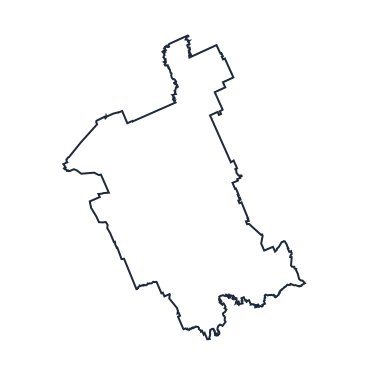 Forbes, New South Wales, Australia, rotated 58°
{"feature_id": "25037944B5205782179519", "entity_name": "Forbes", "entity_type": "district", "adm_level": 2, "iso_a3": "AUS", "parent_name": "Australia", "parent_adm1": "New South Wales", "projection": "orthographic", "projection_center": [148.127, -33.379], "detail": "fine", "context": "isolated", "style": "outline", "palette": "slate", "viewbox_px": 384, "rotation_deg": 58, "n_neighbors": 0, "source": "geoboundaries", "source_scale": "gbopen_adm2", "svg_char_len": 6004}
<svg xmlns="http://www.w3.org/2000/svg" viewBox="0 0 384 384"><g transform="rotate(58 192 192)"><path d="M106.7,286.6L107.9,286.8L108.2,285.6L108.8,285.7L109.4,284.6L110.1,280.1L112.5,278.3L117.8,276.2L123.8,264.7L128.3,262.0L129.0,260.0L148.5,262.9L145.9,267.8L145.8,269.1L144.1,272.4L147.4,272.9L145.8,283.7L152.0,286.0L162.2,286.1L168.3,286.9L170.8,283.3L171.7,281.1L175.1,280.9L177.6,283.0L183.6,283.2L193.2,284.8L193.4,283.8L196.0,284.9L199.6,285.4L199.7,284.8L211.6,287.3L212.6,285.0L245.0,290.6L245.2,289.9L244.6,289.4L244.9,288.7L244.1,287.6L244.2,286.3L243.7,285.9L244.5,285.4L244.6,284.2L245.3,283.2L245.0,282.7L245.7,282.4L245.5,281.7L246.7,280.5L246.8,278.9L246.1,278.1L246.7,277.6L247.0,276.4L247.8,275.3L248.0,274.3L247.6,272.4L248.5,271.6L249.4,269.7L261.7,271.6L261.9,270.1L265.9,270.7L266.7,265.1L267.1,265.1L270.2,267.7L282.4,266.2L285.3,266.9L287.3,268.6L287.5,267.3L290.6,267.8L290.3,269.9L303.3,271.9L304.0,271.7L304.3,269.7L305.7,269.1L305.6,268.5L306.3,268.6L306.9,267.3L307.4,267.4L307.3,266.3L306.9,265.9L307.6,265.0L307.2,264.1L307.8,263.5L307.5,262.9L308.0,262.7L307.8,262.4L308.3,260.8L308.0,260.4L309.6,258.3L311.1,258.2L311.9,258.8L314.1,258.0L315.2,258.4L315.3,257.9L314.6,257.9L314.9,257.0L319.1,257.6L318.4,256.0L325.0,257.1L326.0,254.9L325.0,254.7L322.2,251.8L320.7,251.4L320.1,250.5L318.8,249.9L318.7,247.8L319.3,246.4L320.0,246.3L321.2,247.0L322.0,246.4L323.9,247.2L325.1,246.2L325.7,247.5L324.8,247.9L325.7,248.3L327.0,246.9L327.3,245.7L326.7,245.0L326.8,244.1L326.0,243.4L325.0,243.1L324.4,243.8L323.4,242.9L322.3,243.4L320.8,242.4L319.5,240.4L319.3,238.4L321.7,237.0L319.9,232.3L318.0,232.3L315.8,230.5L314.3,230.3L313.7,230.8L311.8,230.4L311.3,229.9L311.2,227.5L309.9,225.1L307.9,226.0L307.1,224.4L303.2,224.2L302.9,224.6L303.6,226.0L301.2,226.8L300.6,225.6L299.9,226.8L299.5,226.5L299.5,225.1L298.6,225.0L298.3,226.0L297.8,226.2L297.1,225.8L297.0,225.1L295.3,224.4L295.2,222.8L296.1,220.2L297.6,219.2L297.7,218.3L297.1,217.5L297.6,217.2L298.6,217.9L299.2,217.3L298.8,215.9L299.4,215.8L300.6,217.1L301.4,217.0L301.5,215.4L299.5,214.6L300.4,214.2L300.8,213.2L302.3,213.0L302.0,212.0L303.2,211.9L303.4,213.5L304.6,214.0L305.1,213.5L304.9,213.2L304.4,213.6L304.6,212.8L305.7,211.8L305.2,211.1L305.6,210.6L309.0,212.3L308.6,212.8L309.0,213.2L309.2,212.8L309.6,213.4L309.6,210.5L310.3,210.6L311.2,212.0L311.4,211.5L311.9,212.2L312.5,212.1L312.1,211.4L313.3,208.1L310.8,207.7L311.0,206.8L308.3,206.4L308.7,203.9L312.3,204.3L312.4,203.6L314.0,203.9L313.7,202.5L314.0,201.0L317.9,201.6L318.2,201.3L318.7,201.8L319.5,199.6L320.7,199.2L320.8,198.5L321.3,198.2L323.3,199.5L323.8,198.3L323.2,197.3L322.1,197.0L322.5,195.6L323.5,195.8L323.7,196.6L324.4,196.7L324.9,196.2L324.4,195.0L326.2,193.5L326.0,192.2L324.9,192.0L325.4,189.3L322.6,188.9L322.3,187.7L321.1,187.3L320.7,186.4L320.2,186.3L320.3,185.8L318.5,185.3L318.0,184.3L318.5,183.4L319.9,182.6L320.3,180.9L321.1,180.1L321.2,179.3L322.7,177.9L322.6,177.3L323.2,177.3L323.3,176.9L324.2,176.6L324.8,177.3L325.6,176.8L325.0,172.9L324.5,172.7L324.3,171.5L323.7,171.4L323.6,170.6L323.0,170.5L322.3,168.8L322.7,168.1L322.1,167.2L322.1,165.2L321.5,163.8L321.9,163.1L321.2,160.2L322.3,159.3L322.3,157.2L322.9,157.3L323.0,156.5L325.5,154.6L325.9,153.5L328.7,151.3L328.5,150.9L329.2,150.3L329.6,149.2L329.5,148.7L329.0,148.5L329.2,144.6L325.8,145.2L324.8,146.4L322.7,147.3L317.3,145.6L313.7,145.2L312.6,144.4L311.3,145.6L309.6,144.9L308.4,146.8L306.7,146.9L300.1,142.0L299.2,143.2L298.9,143.0L297.6,141.4L297.6,140.5L296.4,139.7L295.8,139.9L294.7,139.3L294.4,141.2L290.6,140.7L290.7,140.1L287.8,139.9L286.9,139.5L282.9,139.5L282.3,140.4L282.5,141.0L282.0,142.4L284.6,147.4L285.1,150.1L286.0,150.8L286.5,153.1L281.4,152.4L279.9,161.8L272.3,160.6L266.6,155.3L265.1,155.1L264.9,156.2L249.4,160.5L248.5,162.3L245.5,161.8L246.6,159.3L244.1,158.9L244.3,158.5L227.0,155.5L226.6,157.7L223.8,157.2L224.2,154.9L222.3,154.5L222.2,155.3L218.8,154.7L219.2,154.0L212.3,152.9L212.1,153.8L205.7,152.8L206.7,147.1L205.1,146.8L205.6,143.5L204.4,143.3L204.7,141.4L204.1,141.4L203.8,142.0L204.0,142.7L203.3,142.8L202.7,143.8L199.2,144.1L196.7,142.8L195.6,143.3L195.4,144.0L195.7,141.2L187.4,140.0L187.4,143.3L136.6,136.1L137.7,127.8L140.9,128.3L141.2,126.0L138.3,125.6L138.4,122.4L119.4,119.8L120.9,108.4L115.3,107.6L116.8,96.2L96.2,93.4L96.0,95.4L93.0,95.0L93.1,93.9L89.8,93.5L89.7,94.5L80.4,93.4L76.6,122.9L74.7,122.1L75.1,120.9L76.2,121.0L75.8,120.2L73.8,120.0L73.8,120.8L72.5,120.1L72.4,120.8L71.9,120.7L70.6,119.5L70.2,118.3L69.8,118.1L69.7,118.7L69.0,117.7L68.2,117.5L67.5,118.8L65.0,118.3L64.8,117.7L65.5,116.8L65.3,115.7L62.6,115.3L62.4,114.5L62.1,115.4L61.6,114.9L61.0,115.0L61.2,115.4L60.2,115.5L59.3,116.6L57.9,114.3L58.0,112.5L57.5,112.4L57.0,112.9L54.4,132.4L54.6,133.7L55.2,134.5L56.5,134.4L56.7,134.9L56.1,135.8L55.7,135.7L55.1,137.0L54.6,136.7L54.7,138.1L55.1,138.9L55.4,138.4L55.9,138.8L55.8,139.3L57.9,139.1L58.1,140.1L58.7,140.3L57.8,141.2L57.2,141.1L57.4,142.7L58.9,142.4L58.9,141.9L59.9,142.0L60.0,142.6L61.6,142.9L61.7,143.8L62.6,144.8L63.6,144.5L65.3,144.9L65.4,144.1L67.8,145.3L67.0,146.0L66.9,146.8L68.3,145.9L69.2,147.6L70.6,147.6L71.1,146.3L71.8,146.1L71.8,145.5L73.8,146.1L74.4,145.0L74.4,145.5L75.1,146.3L76.3,145.9L79.5,147.0L80.6,146.5L82.0,147.8L84.6,148.6L86.3,148.3L86.5,147.7L87.5,147.1L90.1,147.0L90.5,147.5L89.9,148.6L89.9,149.3L90.2,149.5L91.6,149.2L92.1,148.1L93.5,147.9L93.8,148.5L95.3,148.3L95.5,148.9L94.8,150.2L96.8,152.1L97.0,153.2L98.3,153.1L98.7,153.7L100.3,153.8L99.7,155.1L99.9,156.5L99.5,157.2L100.8,157.0L101.3,157.5L102.3,156.8L103.1,156.9L102.9,158.3L103.3,159.1L105.0,158.8L104.7,158.2L105.2,157.7L105.8,158.9L107.4,158.6L100.7,205.0L100.2,204.9L99.4,210.4L86.3,208.3L85.6,212.4L85.3,212.4L83.8,217.3L82.8,224.7L82.3,224.6L83.3,225.5L83.5,226.4L81.9,226.2L81.0,235.3L81.9,236.2L84.3,236.6L91.0,259.9L97.2,277.8L97.0,279.1L97.7,280.0L97.8,281.2L99.3,282.0L100.7,282.0L100.2,286.3L103.6,286.1L104.0,287.5L104.6,286.7L105.3,287.8L106.7,286.6Z" fill="none" stroke="#1e293b" stroke-width="2"/></g></svg>